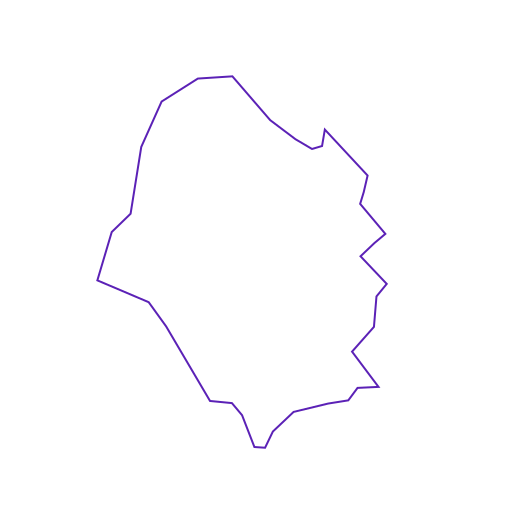 Gramsh, Elbasan, Albania, rotated 230°
{"feature_id": "67620474B60363170083379", "entity_name": "Gramsh", "entity_type": "district", "adm_level": 2, "iso_a3": "ALB", "parent_name": "Albania", "parent_adm1": "Elbasan", "projection": "mercator", "projection_center": [20.218, 40.831], "detail": "fine", "context": "isolated", "style": "outline", "palette": "violet", "viewbox_px": 512, "rotation_deg": 230, "n_neighbors": 0, "source": "geoboundaries", "source_scale": "gbopen_adm2", "svg_char_len": 605}
<svg xmlns="http://www.w3.org/2000/svg" viewBox="0 0 512 512"><g transform="rotate(230 256 256)"><path d="M96.6,216.4L86.1,233.9L89.7,249.0L77.0,265.7L121.0,268.1L125.9,300.8L147.6,322.3L150.6,338.2L188.6,335.9L189.8,355.0L189.8,369.3L229.0,369.3L235.7,379.6L245.9,393.2L308.6,390.0L297.8,377.3L302.0,367.7L320.1,361.3L334.0,358.1L350.9,354.2L408.8,353.4L429.3,325.5L435.0,283.0L413.3,238.2L369.0,187.1L367.1,160.9L339.3,118.8L289.6,144.1L259.8,141.9L174.5,127.6L158.8,143.0L143.0,143.0L110.7,132.0L103.3,139.7L110.7,156.1L112.4,184.6L96.6,216.4Z" fill="none" stroke="#5b21b6" stroke-width="2"/></g></svg>